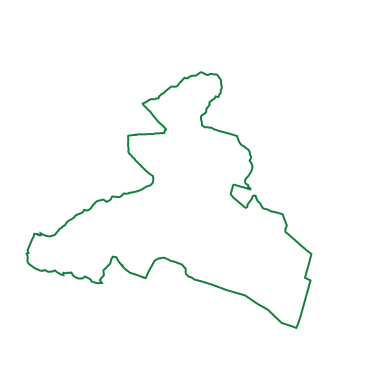 Labuhan Batu Selatan, Sumatera Utara, Indonesia, rotated 107°
{"feature_id": "22746128B23995987640193", "entity_name": "Labuhan Batu Selatan", "entity_type": "district", "adm_level": 2, "iso_a3": "IDN", "parent_name": "Indonesia", "parent_adm1": "Sumatera Utara", "projection": "robinson", "projection_center": [100.002, 1.834], "detail": "fine", "context": "isolated", "style": "outline", "palette": "green", "viewbox_px": 384, "rotation_deg": 107, "n_neighbors": 0, "source": "geoboundaries", "source_scale": "gbopen_adm2", "svg_char_len": 6067}
<svg xmlns="http://www.w3.org/2000/svg" viewBox="0 0 384 384"><g transform="rotate(107 192 192)"><path d="M119.7,204.7L118.3,205.2L116.5,205.4L114.3,203.8L113.4,202.8L111.3,201.8L111.0,201.9L110.0,202.3L109.2,202.2L108.1,202.4L107.5,202.3L105.4,201.3L104.8,201.1L103.9,201.0L103.1,200.7L102.7,200.7L102.2,201.3L101.9,201.5L101.2,201.5L100.4,201.3L100.2,201.2L99.3,200.1L98.2,199.8L97.6,199.0L95.8,197.6L93.7,197.3L93.7,195.9L93.6,195.1L93.4,194.8L93.0,194.4L92.8,194.3L92.1,194.4L90.7,194.3L89.0,193.5L87.8,193.9L86.4,194.1L83.2,194.0L79.7,195.9L77.8,196.6L76.6,197.2L76.1,197.5L75.8,197.8L73.5,201.0L72.8,201.7L72.6,202.2L72.5,202.5L73.3,206.7L73.3,208.0L74.0,209.5L75.3,210.7L75.6,211.7L75.6,213.1L74.9,216.3L74.8,217.5L74.8,218.3L75.4,219.1L77.9,221.0L78.6,221.7L79.3,222.0L79.7,222.6L80.1,223.6L80.8,226.1L82.6,228.1L83.0,228.5L83.8,228.7L84.1,228.9L84.5,229.4L85.1,231.2L84.9,232.2L85.0,232.5L87.1,233.7L88.4,234.1L89.0,234.5L89.8,234.8L91.0,235.7L93.8,236.5L95.5,237.6L95.9,238.2L96.3,239.1L96.8,240.7L97.0,242.0L97.2,242.6L97.5,242.8L98.4,243.5L100.6,244.9L101.0,245.2L103.5,247.0L105.2,247.6L105.7,247.9L106.8,249.3L107.6,250.0L108.8,250.5L110.1,251.4L111.1,251.5L111.8,251.3L112.2,251.6L112.6,252.2L113.1,253.3L113.3,254.0L114.2,254.9L114.5,255.6L114.9,257.6L115.3,258.3L115.8,258.8L116.1,259.6L117.0,260.4L117.6,260.8L118.2,261.0L118.9,261.8L119.7,262.3L120.9,264.0L121.9,264.9L122.4,264.6L123.6,262.8L124.6,260.7L126.0,258.5L127.0,256.1L127.4,255.4L129.9,251.9L130.6,251.2L132.6,247.9L134.3,245.6L135.2,243.8L137.4,238.9L139.3,235.5L139.6,235.1L140.1,235.1L140.6,235.6L140.9,235.6L141.4,235.9L142.1,235.8L142.7,236.0L143.6,235.7L144.0,236.1L144.2,236.5L144.3,237.3L144.7,238.2L144.8,238.7L145.0,239.5L145.8,241.2L145.9,241.9L146.6,243.7L147.4,245.5L147.9,246.1L148.1,246.6L149.3,250.5L150.5,253.5L152.6,260.4L153.7,261.9L153.5,262.6L154.0,262.8L154.9,265.6L155.5,266.5L156.6,269.1L156.8,269.4L157.3,269.5L160.3,268.3L161.7,267.9L162.7,267.7L166.7,266.6L167.8,265.9L169.9,265.0L170.6,265.0L172.0,264.7L173.2,263.8L173.6,263.2L174.8,260.8L176.1,259.0L176.5,257.8L176.9,257.0L177.5,256.1L178.4,255.2L178.9,254.3L179.0,253.8L179.6,252.6L180.8,250.5L181.5,248.8L182.9,246.6L185.4,241.7L186.8,238.3L187.6,236.1L187.9,234.7L188.2,234.0L190.5,232.9L193.6,232.2L194.3,232.3L195.1,232.4L197.3,233.5L198.3,234.4L198.9,235.2L199.5,236.3L199.8,236.8L203.0,239.7L204.4,240.8L206.0,242.8L207.6,245.0L209.0,247.4L211.3,251.9L211.8,252.2L212.2,252.9L213.0,254.6L213.2,256.4L213.5,256.8L214.1,257.3L216.6,258.4L217.4,259.1L217.8,259.5L218.4,260.7L218.8,262.7L219.4,266.2L219.7,267.0L220.4,267.3L222.5,267.4L223.0,267.6L224.5,268.8L226.0,270.3L226.3,271.0L226.2,271.6L225.8,272.5L225.6,273.2L225.3,274.0L225.2,274.5L225.3,274.9L225.7,275.7L226.1,276.1L226.4,276.5L226.6,277.0L227.1,277.7L227.4,278.5L227.8,278.9L228.1,279.5L228.8,280.3L230.2,281.2L231.2,281.6L233.9,283.0L234.4,283.2L237.2,284.0L238.1,284.4L239.8,286.1L240.5,287.6L240.7,288.1L240.7,288.7L240.5,289.5L240.6,289.8L241.1,290.1L242.9,290.4L243.7,290.8L245.0,292.2L245.7,293.2L246.2,293.8L248.3,296.4L248.5,296.6L250.1,296.9L250.8,297.3L252.7,298.8L253.4,299.2L254.2,300.3L255.5,301.5L256.2,302.1L258.7,303.3L260.0,303.4L260.7,303.6L261.0,303.8L262.6,305.5L263.0,305.8L263.9,306.0L264.7,306.5L265.8,307.7L266.3,308.0L268.1,308.5L270.6,309.7L272.2,310.1L272.7,310.4L273.9,311.6L275.1,313.6L275.8,314.5L276.3,315.5L276.5,318.4L276.5,320.0L276.3,321.8L275.8,324.5L276.4,324.1L277.4,323.9L277.4,324.9L277.7,324.5L277.9,324.7L278.1,325.2L277.7,329.0L278.1,330.6L281.0,330.4L284.0,331.0L295.4,332.2L297.4,331.3L298.2,330.5L299.2,332.1L301.0,330.8L302.5,330.0L303.2,329.7L305.6,329.4L307.3,328.6L308.7,326.5L309.7,323.5L310.9,319.8L311.3,315.6L311.5,314.9L311.5,313.9L311.2,312.3L310.5,310.8L309.6,310.1L310.4,306.1L308.7,302.1L307.1,300.3L308.1,297.8L308.7,295.2L309.2,293.1L309.1,290.9L308.8,291.2L306.8,291.3L306.8,289.0L306.1,288.4L305.7,287.7L305.0,285.1L304.3,283.8L306.4,281.6L307.6,278.5L307.9,275.1L306.7,271.4L304.1,269.7L305.1,263.9L307.1,261.5L306.9,255.9L305.3,251.6L303.2,254.3L301.0,253.6L297.4,251.9L292.9,253.8L284.4,249.3L280.3,249.5L277.0,248.8L276.5,245.2L279.7,242.0L283.3,236.9L282.9,236.8L283.9,235.9L285.4,233.0L287.4,227.6L287.4,223.1L287.6,217.3L288.0,212.8L287.8,212.8L287.9,212.3L287.9,211.1L280.3,210.2L275.7,209.1L269.1,207.8L266.7,206.1L265.2,204.2L263.0,199.5L263.4,195.4L264.2,191.9L263.9,190.1L263.8,188.8L264.3,180.4L265.9,177.8L266.5,177.3L266.8,176.1L267.8,175.3L269.7,174.9L272.0,174.0L274.0,170.1L273.8,167.6L275.0,163.9L274.7,157.3L274.7,151.2L274.9,142.4L275.0,142.4L275.1,139.4L275.4,134.0L275.7,131.1L275.4,111.0L279.0,99.4L280.3,94.9L282.3,85.2L291.1,67.9L291.0,66.0L291.3,55.8L291.6,52.6L288.2,52.1L280.5,51.8L241.9,52.8L241.0,58.9L226.7,59.2L216.4,59.7L214.4,64.9L211.5,71.7L204.0,88.0L203.6,89.1L203.3,90.4L201.9,91.4L201.0,91.7L197.4,91.7L196.2,91.5L195.1,92.5L186.8,98.8L186.8,101.9L187.0,107.8L187.4,110.7L186.9,113.1L186.7,114.6L186.9,119.2L185.5,121.0L184.6,121.9L182.9,123.5L181.8,126.2L179.7,128.3L177.7,129.5L177.0,130.5L177.3,131.7L178.1,132.6L179.6,132.9L180.8,132.6L185.3,134.4L188.0,135.2L190.2,134.7L191.4,135.9L190.9,137.9L190.4,138.8L185.2,151.0L183.0,154.0L182.3,154.4L173.6,154.6L173.1,154.5L172.9,154.3L172.6,153.0L172.7,150.7L172.5,142.6L172.6,137.4L172.4,136.9L172.0,136.9L171.5,137.4L171.1,138.2L171.1,139.8L169.8,139.8L168.8,140.7L168.5,142.5L168.0,143.2L167.5,143.8L166.6,144.3L165.3,144.7L163.9,144.5L162.2,143.8L161.1,143.1L158.7,142.3L156.1,141.6L152.7,141.1L150.2,141.6L149.4,141.9L147.1,143.6L146.3,144.6L145.3,146.0L143.8,145.9L143.1,145.7L142.6,145.6L141.4,145.7L140.7,146.0L139.8,147.0L139.5,147.4L138.1,148.0L137.3,148.3L135.8,149.6L135.3,150.1L134.9,151.0L134.2,153.4L133.5,154.6L133.0,156.6L132.6,158.4L132.1,159.3L130.7,161.1L129.2,162.4L125.3,165.3L125.3,174.6L125.6,180.6L125.7,184.0L125.6,188.0L125.7,188.9L125.4,189.7L125.1,191.4L124.9,192.2L125.1,193.4L125.4,194.3L125.5,196.0L125.7,196.9L126.1,197.8L126.4,198.6L126.0,200.0L125.0,202.2L124.1,202.3L123.2,202.6L119.7,204.7Z" fill="none" stroke="#15803d" stroke-width="2"/></g></svg>